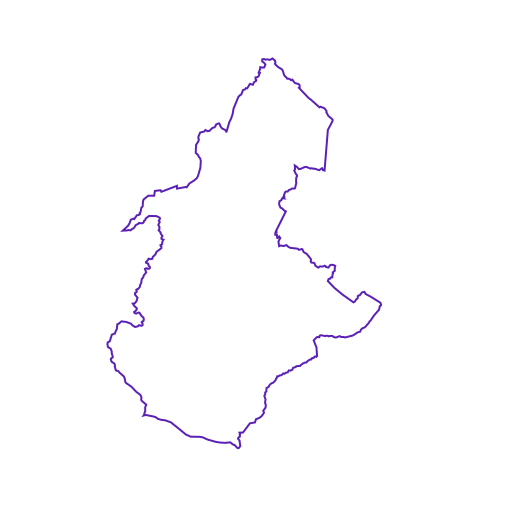 Acteopan, Puebla, Mexico (Mercator projection), rotated 199°
{"feature_id": "50627088B24925677971158", "entity_name": "Acteopan", "entity_type": "district", "adm_level": 2, "iso_a3": "MEX", "parent_name": "Mexico", "parent_adm1": "Puebla", "projection": "mercator", "projection_center": [-98.68, 18.751], "detail": "fine", "context": "isolated", "style": "outline", "palette": "violet", "viewbox_px": 512, "rotation_deg": 199, "n_neighbors": 0, "source": "geoboundaries", "source_scale": "gbopen_adm2", "svg_char_len": 6116}
<svg xmlns="http://www.w3.org/2000/svg" viewBox="0 0 512 512"><g transform="rotate(199 256 256)"><path d="M353.0,163.3L352.1,162.5L350.6,162.5L348.4,164.4L347.7,164.4L345.0,162.2L342.4,161.1L341.4,159.5L341.3,157.8L342.4,156.7L342.5,156.1L341.3,155.3L340.7,153.6L341.6,152.7L344.1,152.5L344.8,151.0L347.3,149.5L350.2,150.2L352.2,151.3L357.2,151.4L361.9,150.4L363.9,147.1L364.9,146.3L363.8,141.6L364.2,139.0L364.1,136.9L366.7,134.7L366.5,127.8L368.1,126.0L367.7,124.1L366.3,121.7L363.2,121.0L361.4,118.9L360.8,117.2L358.5,113.9L358.5,113.4L359.7,111.9L359.7,111.1L358.1,109.0L354.9,108.2L353.8,106.8L353.6,105.7L351.3,102.2L348.7,102.3L346.9,101.2L341.9,99.2L340.5,97.8L338.4,94.2L337.7,93.7L331.1,91.8L325.0,88.6L320.1,87.0L318.3,85.1L317.8,82.8L317.1,82.0L311.4,79.7L311.5,76.8L310.3,73.5L310.3,70.6L310.0,69.8L310.3,68.6L308.6,69.8L301.1,70.8L298.7,71.0L295.8,70.1L292.6,70.2L288.2,71.1L282.2,71.0L264.2,64.4L258.7,63.9L250.8,66.6L247.8,67.2L242.1,66.7L233.3,67.2L229.9,67.8L224.8,69.1L219.7,71.4L216.1,70.2L214.8,70.4L210.3,68.0L210.5,68.3L209.6,69.1L209.0,71.2L211.6,76.3L213.2,77.1L213.6,77.6L213.3,78.9L212.5,79.7L212.8,81.3L213.3,81.8L213.1,82.8L214.0,83.6L210.8,84.9L207.3,95.8L202.8,98.3L202.9,101.6L200.0,104.2L198.5,106.5L197.4,110.4L198.8,112.1L197.6,115.7L198.3,118.6L199.6,120.0L200.4,123.8L202.1,125.7L202.6,126.7L202.2,128.3L202.8,129.4L202.8,130.2L202.1,131.2L203.1,134.6L201.5,136.2L201.2,138.3L200.2,140.4L198.7,141.6L197.1,144.6L197.1,146.6L196.6,147.6L196.8,149.1L195.4,149.7L194.9,150.7L193.7,151.2L192.8,152.1L192.1,153.8L190.7,153.9L189.9,155.3L188.1,156.3L187.7,158.5L186.0,158.9L184.6,160.4L184.5,162.5L182.4,163.8L182.0,164.9L178.4,166.5L178.2,167.4L176.5,169.8L175.1,171.1L173.7,171.7L173.1,173.3L172.1,174.7L170.7,176.1L170.0,176.2L169.8,177.6L168.1,178.6L167.9,179.9L167.1,180.4L166.1,180.3L165.7,181.4L169.1,189.3L174.0,195.0L172.3,198.6L171.7,199.4L169.7,199.8L169.8,201.5L168.6,202.3L164.5,202.8L163.9,203.3L162.2,203.9L160.8,203.8L160.1,204.5L157.6,205.3L156.2,204.7L153.9,204.9L150.8,207.5L149.2,207.1L146.7,208.0L145.2,208.0L138.4,212.5L134.8,217.1L132.9,218.3L132.8,220.4L132.1,222.0L129.8,224.1L127.5,229.7L127.4,231.0L126.6,232.4L125.2,237.8L122.2,245.3L122.6,249.0L121.9,249.7L121.8,250.6L123.1,252.3L134.3,254.9L140.1,255.8L140.9,256.8L142.0,257.4L144.0,256.0L145.1,252.6L146.4,251.9L146.7,251.1L146.1,249.5L146.3,248.6L147.1,247.8L147.7,245.1L148.7,243.9L161.4,247.6L171.3,251.3L179.9,255.7L179.9,257.8L178.6,258.6L178.3,260.0L176.9,260.6L177.6,263.3L177.5,264.9L178.0,265.3L177.8,266.2L176.7,267.6L177.8,270.9L177.8,272.4L179.1,272.7L181.8,272.3L182.9,271.5L183.8,268.6L186.4,268.4L186.9,269.0L187.8,269.2L189.4,267.8L192.2,266.9L193.2,265.3L196.5,266.0L197.9,267.7L198.9,268.4L201.6,267.8L202.6,268.8L202.6,270.0L203.3,271.1L208.7,274.5L212.2,275.2L214.4,277.5L215.0,277.5L217.3,275.8L218.8,276.5L226.2,274.9L228.2,275.1L230.8,276.2L233.1,274.4L236.0,274.0L237.3,272.8L239.5,277.0L238.9,280.9L240.5,282.0L241.4,280.0L241.8,280.0L243.2,282.9L244.6,282.3L245.2,283.5L245.2,284.5L244.9,284.2L244.7,285.1L244.3,285.2L245.1,287.0L242.3,307.9L243.6,308.0L246.8,309.5L248.6,309.7L250.5,311.8L251.2,313.0L251.6,315.5L250.3,316.9L250.0,319.1L248.2,319.6L249.5,320.2L249.3,321.2L248.6,321.4L249.4,322.7L249.2,326.0L248.7,326.7L247.0,327.3L246.4,329.0L244.8,330.3L244.1,331.4L241.4,332.4L241.2,333.1L241.7,338.4L242.3,339.2L243.4,343.0L243.2,344.9L243.5,345.7L244.8,346.4L247.6,349.1L247.3,350.8L248.8,354.2L246.4,353.6L243.7,352.1L242.2,352.9L239.0,355.9L237.5,356.6L232.8,356.4L231.8,357.2L230.3,357.1L228.8,357.7L224.2,357.7L222.3,360.3L222.5,361.1L220.6,359.0L219.0,359.1L229.1,398.6L227.7,407.7L227.7,409.4L228.1,410.0L233.2,412.0L236.4,415.0L236.5,416.0L239.2,417.9L243.5,418.2L244.4,417.2L255.0,421.7L257.5,422.4L265.2,426.4L270.2,429.0L269.6,429.9L270.5,431.8L271.8,432.5L275.0,432.2L276.3,432.6L279.0,434.6L280.0,433.6L282.0,434.4L284.3,433.8L285.3,434.7L286.4,435.0L288.4,436.3L290.9,439.8L292.2,440.9L296.3,441.8L299.7,443.2L300.7,443.9L300.6,445.3L301.9,447.1L304.8,448.1L306.7,445.9L309.2,445.7L311.0,444.7L312.6,444.9L314.1,444.0L313.6,442.1L310.8,441.1L309.4,440.0L309.7,436.9L311.6,436.1L313.4,436.0L313.0,433.9L313.1,430.2L312.0,430.4L312.1,426.6L313.3,425.3L314.6,424.7L313.9,422.9L313.0,422.5L312.9,421.7L314.5,419.6L314.7,416.9L317.8,416.8L318.9,411.7L320.2,411.4L320.5,410.1L322.3,408.7L322.5,403.8L323.3,403.2L324.5,400.6L325.2,388.0L324.3,382.5L324.3,377.6L324.8,374.1L324.3,363.1L324.7,364.2L326.1,365.1L329.7,365.6L332.0,367.2L333.2,368.8L334.2,369.4L336.5,367.5L336.7,365.1L337.1,364.3L339.1,362.6L340.7,359.2L342.4,358.2L344.8,358.7L345.5,356.8L349.0,354.6L349.3,350.1L348.9,348.7L348.0,347.6L347.8,345.9L348.9,341.2L348.2,340.0L348.0,338.5L346.5,333.8L343.9,332.8L342.3,331.1L340.6,330.1L339.1,327.9L337.3,321.1L336.9,312.6L337.3,310.3L339.4,306.9L342.6,302.9L343.9,298.4L344.8,298.4L352.6,294.0L353.6,296.6L366.4,285.9L367.7,287.1L372.8,284.6L371.9,279.8L377.5,277.9L380.6,273.0L380.7,271.0L379.3,266.0L380.1,264.4L379.5,259.9L380.0,258.7L379.3,257.9L380.2,256.6L381.9,255.7L383.2,251.2L384.1,251.4L386.2,249.5L386.2,246.0L386.8,243.0L390.2,236.6L386.5,238.1L385.0,239.0L382.8,239.5L382.1,241.1L380.8,242.3L380.4,243.1L379.8,246.0L377.7,248.2L377.5,249.1L374.4,249.8L373.7,250.3L373.2,251.4L373.3,252.8L372.4,254.1L372.5,255.6L370.1,259.1L363.1,261.3L359.6,260.9L358.9,259.9L359.4,257.7L358.1,256.8L358.5,253.6L356.6,251.8L356.5,250.8L356.0,250.0L356.4,248.6L353.9,247.2L353.4,246.1L350.9,244.4L351.4,242.7L350.9,241.4L348.8,241.3L349.2,239.6L348.7,236.4L349.9,235.2L349.8,234.8L348.4,234.0L348.1,232.4L351.4,227.6L351.7,224.6L353.3,221.5L353.1,219.6L354.7,218.7L356.7,218.5L356.9,217.0L358.1,214.3L357.9,213.9L355.5,213.6L354.3,211.8L353.0,211.3L352.5,210.7L352.5,209.8L352.8,209.2L354.1,208.7L355.6,208.8L356.8,207.7L354.5,204.7L355.8,201.3L355.7,199.0L356.4,197.5L356.4,196.0L355.8,193.7L356.1,190.6L355.8,188.7L356.9,186.2L357.7,185.8L358.2,185.0L357.2,183.7L357.4,182.6L358.3,181.9L357.9,180.1L354.5,178.1L354.3,174.2L355.3,171.7L357.0,170.9L355.1,169.3L351.6,167.7L351.5,165.7L353.0,163.3Z" fill="none" stroke="#5b21b6" stroke-width="2"/></g></svg>